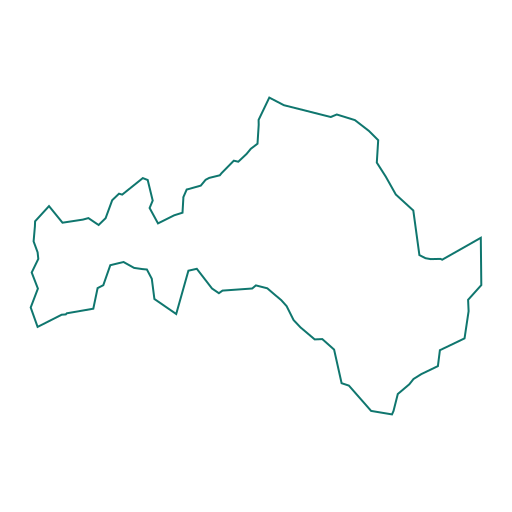 the district of Uyo, Akwa Ibom, Nigeria
{"feature_id": "59680162B78634023582239", "entity_name": "Uyo", "entity_type": "district", "adm_level": 2, "iso_a3": "NGA", "parent_name": "Nigeria", "parent_adm1": "Akwa Ibom", "projection": "natural_earth1", "projection_center": [7.919, 5.014], "detail": "fine", "context": "isolated", "style": "outline", "palette": "teal", "viewbox_px": 512, "rotation_deg": 0, "n_neighbors": 0, "source": "geoboundaries", "source_scale": "gbopen_adm2", "svg_char_len": 1424}
<svg xmlns="http://www.w3.org/2000/svg" viewBox="0 0 512 512"><path d="M37.6,326.9L61.7,314.7L63.3,314.6L65.8,314.4L66.3,313.8L66.8,313.3L93.3,308.7L97.6,288.1L103.3,285.2L110.3,265.2L123.5,262.0L134.1,267.9L142.5,269.1L146.9,269.5L151.8,278.8L154.4,299.0L176.2,314.0L188.4,270.7L196.8,268.8L212.0,288.5L218.9,293.2L222.5,290.6L252.2,288.5L255.9,285.4L267.3,288.3L275.1,295.0L281.2,300.1L286.6,306.1L293.6,320.1L300.5,327.4L314.7,339.4L322.3,339.1L334.1,349.6L341.6,383.2L348.9,385.6L371.1,410.9L375.2,411.6L392.0,414.4L393.5,411.0L397.8,394.0L409.3,384.3L413.5,379.0L421.3,374.1L437.9,366.1L439.9,350.2L464.5,338.4L464.7,337.3L468.6,311.2L468.1,299.8L481.3,285.1L480.8,237.8L442.2,259.7L440.5,258.9L430.6,259.1L425.5,258.2L419.4,255.1L413.3,210.5L395.8,194.5L385.8,176.7L376.8,162.6L378.2,140.2L369.0,131.0L354.9,120.1L336.8,114.5L330.7,117.0L283.9,105.2L269.3,97.6L258.6,119.9L258.7,124.9L257.5,143.7L250.8,148.8L246.6,153.9L238.3,161.7L233.8,160.7L233.2,161.3L221.5,173.2L219.8,175.3L209.2,177.9L205.6,179.8L200.8,185.6L188.4,189.1L186.7,189.5L183.3,197.3L183.4,197.6L183.3,199.0L182.5,212.7L174.2,215.3L158.0,223.4L149.6,208.0L152.7,200.6L147.7,180.0L142.8,178.1L122.2,194.6L119.0,193.7L112.2,200.2L105.6,218.2L98.6,225.0L88.4,218.1L82.9,219.6L62.5,222.7L49.0,206.1L35.1,221.3L34.9,226.4L33.6,241.4L37.6,252.3L38.3,258.9L31.7,272.5L37.9,288.6L30.7,307.5L37.6,326.9Z" fill="none" stroke="#0f766e" stroke-width="2"/></svg>